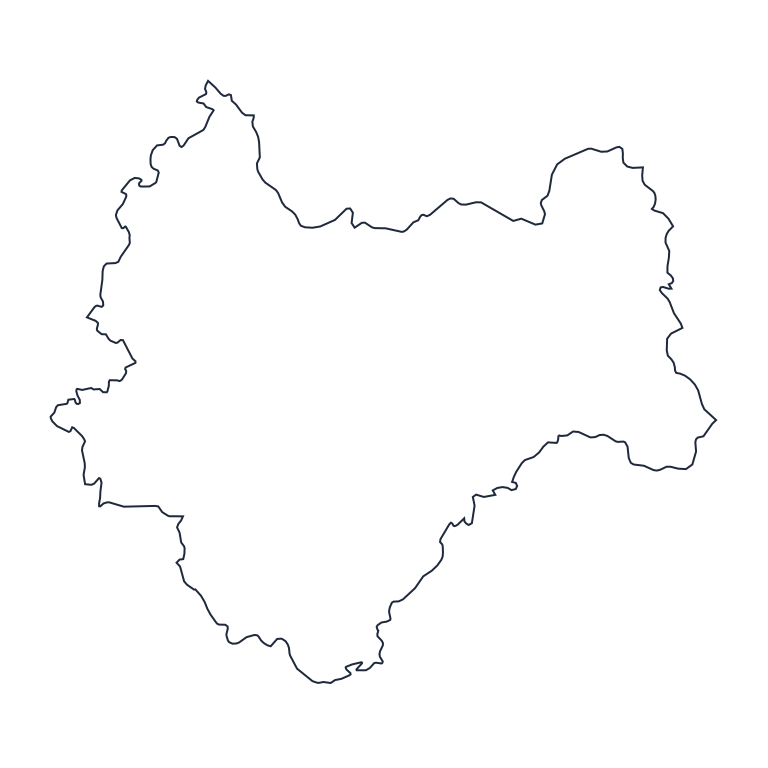 the Region of Bryansk, rotated 181°
{"feature_id": "RUS-2342", "entity_name": "Bryansk", "entity_type": "Region", "adm_level": 1, "iso_a3": "RUS", "parent_name": "Russia", "parent_adm1": "", "projection": "orthographic", "projection_center": [33.801, 52.93], "detail": "fine", "context": "isolated", "style": "outline", "palette": "slate", "viewbox_px": 768, "rotation_deg": 181, "n_neighbors": 0, "source": "natural_earth", "source_scale": "10m", "svg_char_len": 6114}
<svg xmlns="http://www.w3.org/2000/svg" viewBox="0 0 768 768"><g transform="rotate(181 384 384)"><path d="M290.0,275.0L293.2,272.6L291.3,264.0L293.7,246.4L296.8,244.5L299.3,245.9L301.1,247.9L301.5,251.1L307.8,244.7L309.8,243.5L311.3,243.1L312.1,243.6L313.3,245.7L314.7,246.5L316.3,244.8L324.8,229.9L325.2,226.9L323.0,224.7L322.5,223.0L322.1,217.0L322.3,212.7L323.5,209.4L327.6,203.4L332.9,198.2L341.4,192.4L349.4,180.4L361.3,169.0L365.5,166.9L370.6,166.6L372.3,165.5L374.2,161.0L374.9,157.6L374.8,155.5L373.4,149.5L373.7,148.2L377.1,146.5L382.4,145.5L386.2,142.7L387.1,141.1L386.2,138.1L385.4,137.4L386.3,133.8L386.1,131.7L381.7,127.2L380.5,124.8L380.6,122.6L383.2,116.9L383.8,114.2L383.4,111.3L380.4,106.5L380.8,105.1L381.6,104.5L387.1,105.2L389.0,104.7L393.1,99.9L397.0,97.5L406.3,97.3L406.6,97.9L406.2,98.6L401.3,104.1L401.1,105.0L401.8,105.4L410.9,103.1L417.1,100.5L417.4,99.8L416.6,97.9L412.5,94.3L412.4,93.0L414.0,91.9L421.4,88.5L427.8,87.1L432.1,84.1L439.4,85.0L444.0,84.0L446.2,84.3L450.4,85.7L466.0,97.9L473.0,110.6L473.7,112.6L474.4,118.5L475.7,121.9L477.8,125.0L481.0,127.1L482.3,127.6L486.4,127.2L492.7,119.8L496.0,120.7L499.8,123.0L502.5,125.5L504.9,129.2L506.3,130.5L509.2,130.8L517.0,128.5L524.4,123.0L526.9,122.0L530.9,121.7L534.4,123.2L535.6,124.9L537.1,129.6L537.2,131.1L535.9,136.9L536.2,138.9L538.5,140.5L544.9,140.6L546.7,141.5L548.0,143.0L553.4,150.4L556.7,156.2L559.5,162.9L563.3,169.1L569.0,175.3L570.3,175.1L577.5,179.9L580.4,183.2L584.7,197.9L588.3,201.7L585.3,204.9L581.7,205.4L580.6,210.7L580.5,216.5L581.1,218.3L584.0,222.0L585.8,231.8L588.4,237.0L587.2,240.5L584.5,244.0L582.7,248.2L596.1,248.0L597.7,248.5L603.5,252.0L607.6,257.7L610.8,258.1L642.0,256.8L656.7,260.9L658.8,260.8L662.3,259.7L665.6,256.7L666.7,256.8L666.8,259.8L665.9,264.7L665.7,271.3L664.7,280.4L666.0,284.4L667.4,284.9L672.0,279.4L674.8,278.1L681.1,278.6L682.8,287.8L681.6,295.7L681.9,299.8L684.8,312.4L684.4,315.8L681.9,321.5L682.9,323.6L684.9,326.6L693.3,334.6L695.0,335.3L696.7,331.4L698.3,330.6L710.2,336.2L714.9,340.8L716.5,343.8L716.7,345.6L713.1,349.7L711.4,355.1L709.7,357.1L701.1,358.6L700.3,359.1L699.3,362.8L693.4,363.6L692.9,363.0L692.1,360.2L691.1,358.9L689.2,358.7L687.7,359.7L687.9,362.8L690.2,367.0L691.5,371.3L691.3,373.2L690.7,373.8L685.6,372.8L676.7,374.9L674.3,373.5L668.2,374.0L664.7,370.9L661.1,370.9L660.5,371.6L659.1,377.3L659.1,381.4L658.3,383.0L650.7,383.0L648.8,382.3L647.5,382.7L645.9,384.1L642.1,390.4L642.0,392.6L643.1,394.4L642.6,396.0L632.9,400.8L632.9,402.4L636.0,405.1L645.8,423.3L648.1,423.4L651.1,420.8L652.7,420.3L658.2,422.5L660.2,424.4L662.9,428.8L667.2,428.9L671.4,432.1L672.0,433.1L672.0,434.6L671.1,438.1L671.1,440.1L673.4,442.1L682.2,445.4L674.9,455.7L673.4,457.0L672.1,457.4L667.6,456.2L666.1,457.6L666.4,461.5L668.8,465.6L669.2,468.4L667.4,483.3L667.3,491.8L666.2,496.7L663.5,499.6L654.7,500.2L651.8,501.5L649.4,506.7L641.5,518.5L640.6,520.6L641.1,525.9L640.8,528.2L641.7,531.3L644.9,536.8L645.5,537.0L647.3,535.3L648.9,535.3L654.3,545.3L655.0,548.2L653.6,552.9L648.3,559.3L645.1,566.5L644.9,568.4L645.5,569.5L649.8,571.5L649.6,573.0L641.5,583.2L636.8,585.7L632.5,585.3L630.1,583.9L630.0,582.9L632.2,580.7L632.5,579.7L632.1,578.0L630.6,577.2L621.8,577.4L615.8,581.2L615.2,582.0L612.9,591.5L614.0,593.6L618.1,595.2L620.1,596.9L621.2,599.9L621.4,605.0L621.1,608.5L619.3,613.8L615.1,618.6L609.0,619.4L607.1,620.9L605.9,623.6L603.7,626.5L601.2,627.3L597.7,627.2L595.3,625.6L592.5,618.6L590.6,617.4L588.5,619.0L583.8,626.3L569.1,634.8L567.2,637.8L563.3,647.9L559.1,654.7L560.4,655.8L566.6,657.8L569.3,661.3L574.7,662.2L576.1,663.2L575.7,664.9L574.0,667.1L567.0,670.8L566.7,672.6L568.1,676.0L567.4,679.6L565.2,684.0L557.9,677.6L552.3,671.3L549.3,669.3L547.3,669.3L544.1,670.9L542.1,670.2L541.1,664.5L536.9,660.9L530.7,652.8L527.2,650.3L518.9,650.3L518.9,647.9L520.2,643.9L519.6,639.2L516.1,633.5L514.1,628.7L513.1,623.5L512.1,608.4L514.9,602.3L514.4,596.6L513.5,594.0L509.0,586.4L506.2,583.3L495.5,576.1L493.2,573.1L489.1,563.8L485.9,559.5L479.0,555.0L475.7,551.8L473.1,547.1L471.7,543.3L469.9,540.8L465.7,539.3L458.1,539.0L450.5,540.4L435.9,547.2L424.5,558.6L420.9,558.9L418.1,554.7L419.2,544.4L416.1,539.8L408.9,544.8L405.9,545.0L398.7,540.4L395.9,539.7L385.1,539.7L368.9,536.4L366.6,536.9L363.9,538.8L357.4,546.2L352.6,548.3L350.6,552.1L349.3,553.5L347.7,553.9L344.1,552.5L341.0,553.9L323.7,569.2L320.7,570.7L317.6,570.4L312.7,566.2L309.9,564.8L305.1,564.8L295.2,567.3L290.1,567.3L257.6,549.3L249.6,551.7L235.4,546.0L228.6,547.3L226.0,556.6L226.8,559.5L229.8,565.3L230.4,567.6L229.4,570.7L223.8,575.1L222.1,579.9L219.8,596.2L214.7,606.6L207.1,612.4L183.9,622.8L180.8,622.9L170.8,620.0L164.7,620.4L155.6,624.7L152.8,625.2L149.8,623.2L149.2,619.0L149.2,613.9L148.5,609.5L144.6,605.7L139.2,604.4L128.9,605.1L129.5,597.1L129.0,591.7L126.8,587.8L118.6,581.7L117.1,580.0L116.0,577.1L115.6,573.3L116.1,569.3L117.4,565.9L119.2,563.7L116.6,562.1L108.0,559.7L102.5,554.3L97.7,546.7L102.0,542.2L103.9,538.9L105.0,535.2L105.0,530.3L101.1,522.0L101.4,515.0L102.6,507.0L102.6,500.3L99.0,497.4L97.0,494.7L96.6,492.1L98.0,489.9L101.0,488.7L98.3,484.4L100.8,484.2L106.8,485.9L109.1,485.4L109.9,482.7L107.7,479.7L101.9,474.3L99.8,470.9L95.3,459.8L88.3,449.6L86.6,445.3L97.9,439.4L101.7,434.2L101.9,422.7L100.7,417.3L97.1,413.7L94.8,410.4L93.5,405.8L93.2,402.4L92.0,400.2L88.0,399.5L83.2,397.6L77.9,393.9L73.2,388.9L69.8,383.2L65.8,369.6L63.3,364.3L51.3,353.7L55.0,350.1L63.7,337.3L69.4,335.9L71.0,334.2L71.7,331.4L70.8,321.9L74.3,308.9L80.6,304.2L88.4,304.5L96.2,306.3L100.1,306.2L106.3,303.1L109.6,302.2L112.9,302.6L122.7,306.8L133.1,307.9L135.9,309.6L138.0,314.3L139.4,325.6L141.9,329.9L143.6,330.6L149.4,330.2L151.5,330.8L159.8,336.0L163.7,337.1L167.6,336.7L171.9,334.6L176.7,334.2L188.5,339.4L194.1,339.8L199.9,335.8L205.9,335.1L207.9,335.6L208.7,334.9L208.9,331.6L209.6,329.1L210.4,328.1L219.0,328.5L223.5,324.2L227.7,318.3L233.1,313.6L241.8,310.4L244.8,307.3L250.2,298.6L252.5,293.5L254.2,288.3L250.5,287.4L249.1,284.4L250.4,281.3L254.6,280.1L258.6,282.3L263.8,283.0L269.0,282.0L273.4,279.5L270.8,275.1L282.2,272.8L290.0,275.0Z" fill="none" stroke="#1e293b" stroke-width="2"/></g></svg>